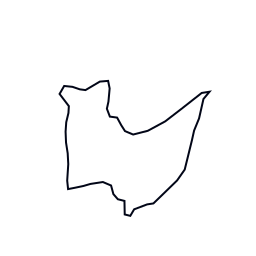 the district of Lilla Edet, Västra Götaland, Sweden, rotated 319°
{"feature_id": "70781695B92226486656888", "entity_name": "Lilla Edet", "entity_type": "district", "adm_level": 2, "iso_a3": "SWE", "parent_name": "Sweden", "parent_adm1": "Västra Götaland", "projection": "equal_earth", "projection_center": [12.169, 58.174], "detail": "fine", "context": "isolated", "style": "outline", "palette": "ink", "viewbox_px": 256, "rotation_deg": 319, "n_neighbors": 0, "source": "geoboundaries", "source_scale": "gbopen_adm2", "svg_char_len": 739}
<svg xmlns="http://www.w3.org/2000/svg" viewBox="0 0 256 256"><g transform="rotate(319 128 128)"><path d="M97.7,201.6L110.8,200.9L130.6,199.8L143.5,196.6L155.3,188.3L168.2,179.2L176.2,173.3L187.9,167.4L204.0,155.6L213.3,154.1L206.6,149.9L180.6,148.6L160.4,147.4L141.1,143.1L127.6,136.3L123.7,128.4L124.7,121.6L126.6,113.0L121.8,107.5L124.7,99.6L130.5,95.3L140.1,86.1L143.9,79.4L137.2,74.5L120.8,71.5L117.0,67.2L113.1,60.5L107.4,54.4L98.7,57.4L97.7,72.7L92.9,77.6L85.2,83.1L78.5,89.8L71.7,98.3L65.9,107.5L59.2,116.1L47.6,127.8L42.7,134.8L48.6,138.2L56.3,142.5L63.0,145.6L73.6,152.3L77.5,160.3L73.6,168.3L73.6,175.1L77.5,180.7L68.8,191.1L72.1,195.8L79.3,193.4L92.3,198.2L97.7,201.6Z" fill="none" stroke="#020617" stroke-width="2"/></g></svg>